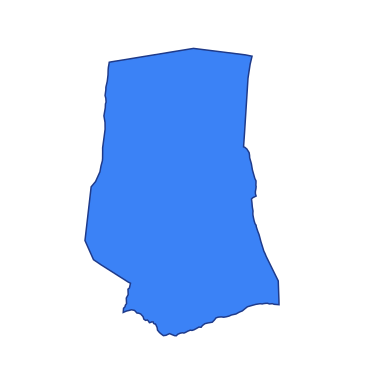 San Miguel Huautla, Oaxaca, Mexico (Robinson projection), rotated 194°
{"feature_id": "50627088B50573678957415", "entity_name": "San Miguel Huautla", "entity_type": "district", "adm_level": 2, "iso_a3": "MEX", "parent_name": "Mexico", "parent_adm1": "Oaxaca", "projection": "robinson", "projection_center": [-97.153, 17.754], "detail": "fine", "context": "isolated", "style": "filled", "palette": "blue", "viewbox_px": 384, "rotation_deg": 194, "n_neighbors": 0, "source": "geoboundaries", "source_scale": "gbopen_adm2", "svg_char_len": 2203}
<svg xmlns="http://www.w3.org/2000/svg" viewBox="0 0 384 384"><g transform="rotate(194 192 192)"><path d="M229.6,58.5L228.3,59.5L226.7,60.7L224.3,61.9L222.2,63.1L219.1,63.2L217.6,62.2L216.0,61.2L215.0,61.5L212.4,61.3L209.4,59.3L208.7,58.2L208.0,57.0L206.0,56.2L204.4,57.0L203.4,56.5L201.7,54.9L200.5,55.5L199.7,56.2L198.3,56.5L197.5,55.3L196.6,54.9L195.5,55.1L194.2,53.5L193.0,52.0L192.1,49.7L189.6,47.8L187.6,46.8L185.0,45.7L182.5,46.7L181.0,48.0L179.4,49.2L177.7,48.9L175.6,48.6L174.1,48.4L172.5,48.7L171.4,50.5L169.2,52.2L167.2,53.1L165.7,53.2L164.3,54.2L162.6,55.8L160.3,57.5L158.5,57.7L156.7,58.8L154.6,60.7L152.6,62.6L151.5,62.8L150.4,63.0L149.6,64.9L147.7,67.3L144.9,68.8L142.8,69.7L140.8,70.6L139.3,73.2L138.2,75.7L136.3,76.9L133.4,77.9L130.9,78.2L128.4,79.3L126.0,80.6L124.0,82.2L119.8,84.3L116.9,87.0L114.4,88.8L112.2,91.8L110.4,94.1L106.1,96.6L102.9,98.4L98.9,100.1L96.7,100.4L95.6,101.0L93.8,101.7L91.8,102.3L89.9,102.1L87.0,103.1L85.2,102.9L80.3,103.7L81.3,107.4L86.8,126.6L104.4,147.4L106.3,150.0L108.0,152.0L109.5,154.5L110.7,156.5L113.2,160.6L115.1,164.1L116.7,167.0L118.7,169.8L119.7,171.4L121.2,173.8L121.8,175.3L123.2,176.5L124.7,179.0L126.1,181.8L127.3,184.4L127.8,186.1L128.2,188.3L129.7,191.7L130.5,193.9L131.2,196.0L132.6,199.6L131.7,201.1L128.8,203.6L130.0,205.5L130.6,207.7L130.8,210.9L131.1,212.8L131.7,214.2L132.0,215.8L132.6,218.3L134.3,220.3L138.7,228.0L141.3,233.9L144.3,239.1L145.1,241.7L146.1,244.0L149.2,247.0L151.7,248.2L152.9,248.3L155.3,261.9L165.2,316.0L166.5,330.0L166.6,338.3L173.1,338.0L225.3,331.7L240.4,325.2L240.7,325.1L240.9,325.0L269.9,312.5L272.0,311.6L297.3,300.7L297.6,300.6L298.7,300.1L299.0,300.0L300.5,299.3L300.9,299.2L303.7,297.9L303.7,297.6L303.6,297.3L303.3,292.7L302.9,290.2L301.8,285.2L301.0,278.8L300.9,272.9L300.3,270.2L299.7,264.6L298.3,262.1L297.1,258.4L297.3,256.5L296.5,252.7L295.9,244.6L293.2,238.4L291.5,231.9L290.4,222.3L289.4,213.2L288.6,210.1L286.9,203.0L286.5,200.7L286.6,195.5L286.2,189.3L288.1,178.8L291.1,172.6L284.1,119.0L271.2,102.5L262.5,99.3L232.2,89.2L229.6,88.6L229.5,83.7L230.6,82.2L229.1,77.0L230.1,73.2L228.5,67.8L229.3,66.0L229.2,64.5L230.3,62.6L229.6,58.5Z" fill="#3b82f6" stroke="#1e3a8a" stroke-width="1.5"/></g></svg>